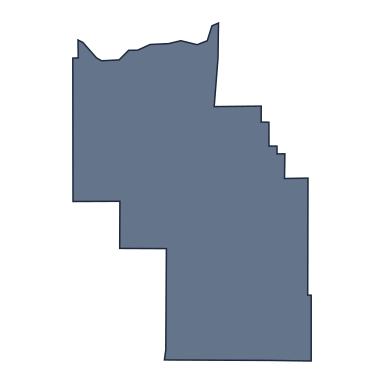 outline of Columbia, Washington, United States of America
{"feature_id": "52423323B83269960896154", "entity_name": "Columbia", "entity_type": "district", "adm_level": 2, "iso_a3": "USA", "parent_name": "United States of America", "parent_adm1": "Washington", "projection": "mercator", "projection_center": [-117.924, 46.312], "detail": "fine", "context": "isolated", "style": "filled", "palette": "slate", "viewbox_px": 384, "rotation_deg": 0, "n_neighbors": 0, "source": "geoboundaries", "source_scale": "gbopen_adm2", "svg_char_len": 577}
<svg xmlns="http://www.w3.org/2000/svg" viewBox="0 0 384 384"><path d="M171.6,360.0L268.5,360.4L311.2,361.0L311.2,295.2L307.7,295.1L308.0,178.1L284.5,178.5L284.9,153.8L277.0,153.9L277.0,146.1L269.0,146.1L268.9,122.2L261.2,122.1L261.2,106.1L214.2,106.6L218.0,58.0L218.5,23.0L211.9,25.9L207.3,40.7L197.2,44.7L180.8,40.7L168.7,43.6L150.1,44.5L137.5,50.2L128.6,50.3L119.1,59.9L101.6,60.8L96.5,57.9L82.8,42.4L78.0,40.0L78.2,57.9L72.8,58.1L73.0,201.5L119.9,201.3L119.7,248.4L166.4,248.6L165.8,349.8L164.4,359.9L171.6,360.0Z" fill="#64748b" stroke="#1e293b" stroke-width="1.5"/></svg>